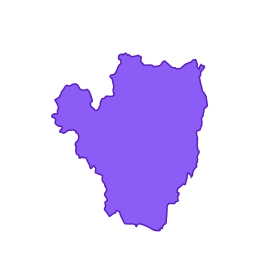 outline of Quang Uyen, Cao Bằng, Vietnam, rotated 203°
{"feature_id": "81297802B42250510796537", "entity_name": "Quang Uyen", "entity_type": "district", "adm_level": 2, "iso_a3": "VNM", "parent_name": "Vietnam", "parent_adm1": "Cao Bằng", "projection": "orthographic", "projection_center": [106.453, 22.67], "detail": "fine", "context": "isolated", "style": "filled", "palette": "violet", "viewbox_px": 256, "rotation_deg": 203, "n_neighbors": 0, "source": "geoboundaries", "source_scale": "gbopen_adm2", "svg_char_len": 5794}
<svg xmlns="http://www.w3.org/2000/svg" viewBox="0 0 256 256"><g transform="rotate(203 128 128)"><path d="M189.3,97.8L188.8,98.0L185.2,98.1L184.6,98.6L182.2,102.3L181.7,102.8L180.8,103.2L180.1,103.3L179.6,103.6L179.3,104.2L178.8,104.6L178.3,104.7L175.2,104.7L174.8,104.6L174.5,103.9L173.9,103.3L173.4,103.2L172.6,103.4L172.2,103.3L171.3,102.6L169.6,100.3L169.2,97.0L169.2,96.6L169.5,96.0L170.0,95.3L170.2,94.7L170.4,93.5L170.2,92.5L169.6,91.5L168.2,90.0L167.8,89.3L167.7,87.9L167.4,87.0L166.1,85.2L165.4,84.1L165.1,83.9L163.5,83.7L162.8,83.6L162.6,83.4L161.9,82.6L161.7,81.8L161.3,81.5L160.7,81.4L160.1,81.6L159.8,82.8L159.5,83.1L159.0,83.3L157.4,83.1L156.6,83.7L156.1,83.9L155.1,84.0L154.2,83.7L153.2,82.3L150.3,80.0L149.0,78.9L147.1,76.4L146.8,76.2L146.3,76.4L146.0,76.7L145.5,78.0L145.1,79.6L144.7,79.8L142.1,78.5L141.7,77.7L141.3,76.5L141.0,74.9L140.6,74.2L140.0,74.1L138.9,74.2L135.9,74.2L134.2,74.4L133.4,74.3L132.8,74.0L131.7,70.5L131.0,69.5L129.0,68.1L127.9,67.6L127.2,67.1L126.9,66.0L126.3,65.4L125.0,64.7L123.7,63.2L123.4,62.6L123.4,61.3L123.8,58.5L123.6,57.7L122.9,56.8L119.6,54.5L118.8,53.8L118.7,53.5L119.2,52.4L120.1,51.0L120.1,50.5L119.6,49.6L118.4,47.9L118.0,46.7L118.1,45.6L118.0,44.4L117.8,43.8L116.7,43.1L113.6,41.4L110.9,39.5L110.4,39.5L108.0,43.5L106.5,44.9L106.3,45.3L106.3,45.9L106.5,46.4L106.6,47.0L106.4,47.3L105.7,47.7L102.7,47.2L102.4,47.0L101.7,45.8L100.5,44.5L95.3,40.0L94.0,39.0L93.1,38.8L92.6,38.9L85.8,41.7L84.7,41.9L83.5,42.0L83.0,41.7L82.5,40.8L82.1,40.6L81.8,40.6L81.6,40.9L81.7,42.6L81.5,43.3L80.2,44.2L78.1,44.7L74.7,44.9L71.4,44.9L64.2,44.1L61.6,44.7L58.8,45.9L58.6,46.2L58.5,46.8L59.2,47.6L59.2,48.3L59.0,48.5L58.5,48.6L57.4,48.7L57.2,49.4L57.6,51.2L57.4,52.5L56.4,54.0L56.1,54.7L55.9,55.4L56.0,56.0L57.5,60.3L58.1,62.2L60.2,68.1L61.2,70.4L61.4,71.1L61.5,72.2L61.4,72.8L60.9,74.1L60.1,74.9L59.3,75.3L57.1,76.0L56.0,76.4L55.8,76.7L55.3,77.8L55.1,78.9L53.6,80.1L53.5,80.4L53.5,81.0L55.0,83.0L55.3,84.4L55.3,87.5L55.5,87.9L56.0,88.1L56.8,87.8L57.2,87.8L57.7,88.0L57.9,88.5L57.8,89.6L58.5,90.4L58.6,91.3L58.0,92.4L57.2,93.9L56.1,96.4L55.4,97.5L54.9,98.1L54.5,98.3L53.8,98.0L53.6,98.1L53.4,98.4L53.3,98.9L54.0,103.6L54.1,105.0L54.5,105.9L55.4,109.4L55.2,110.1L54.6,110.2L52.1,109.1L51.2,108.3L50.7,107.6L50.2,109.5L51.0,112.3L51.2,114.6L50.7,116.8L49.9,118.6L49.8,119.6L50.0,120.0L50.8,120.9L51.0,121.7L51.0,123.6L51.5,126.0L51.9,126.7L52.5,127.1L52.9,127.7L53.0,128.2L53.3,130.9L53.1,132.5L53.1,133.2L53.2,133.6L53.4,134.0L54.2,134.9L54.9,135.1L55.6,135.5L55.8,135.9L56.5,137.4L57.4,138.6L57.7,139.2L58.3,141.3L58.5,142.0L59.4,143.2L59.6,144.9L59.9,145.5L61.1,147.2L62.5,149.0L63.0,149.9L63.3,150.6L63.4,152.1L61.2,154.2L61.0,154.6L61.0,155.1L61.3,156.4L61.2,159.0L61.5,160.1L61.9,161.5L62.4,162.6L63.7,164.5L64.0,165.2L64.1,166.2L64.0,167.4L63.7,168.3L63.8,169.0L64.4,170.4L64.6,171.4L64.5,172.8L65.1,173.9L65.3,174.6L65.4,175.4L65.2,176.1L64.2,177.8L63.8,178.8L63.7,179.5L63.9,180.1L65.1,181.9L67.9,186.6L68.4,187.4L69.3,188.2L71.0,189.4L71.8,190.1L73.6,190.8L74.1,191.1L74.5,191.6L75.5,193.6L77.7,196.2L82.1,202.5L82.3,203.0L82.2,203.4L81.8,204.1L81.8,204.4L82.8,207.9L82.7,208.5L81.7,211.9L81.5,213.3L81.4,213.7L81.6,214.4L81.7,214.6L82.2,214.8L83.4,214.6L84.9,214.5L85.5,214.9L85.9,213.6L86.0,211.4L85.4,210.4L85.4,210.0L85.6,209.9L87.8,210.8L88.5,211.4L88.7,213.1L91.7,216.7L92.6,217.2L94.3,216.4L95.1,215.2L95.5,213.6L96.1,212.9L97.4,211.9L99.0,210.2L99.8,209.4L100.5,208.4L101.7,205.8L103.0,203.2L104.6,202.5L105.9,201.5L106.5,201.3L107.9,201.9L110.2,201.1L111.7,201.0L116.9,202.9L119.0,203.5L119.6,203.8L119.7,204.0L121.1,203.6L121.4,203.2L121.9,202.2L122.2,200.3L122.7,198.5L123.5,197.5L126.4,195.6L128.4,194.5L130.1,195.2L131.7,194.8L137.5,192.2L139.1,192.8L142.0,194.1L142.4,194.7L142.8,195.9L143.1,197.2L143.6,198.3L144.1,198.8L144.6,198.8L145.5,198.5L145.9,198.5L146.9,199.0L149.2,197.0L152.9,195.0L153.4,195.0L155.4,195.8L156.0,195.7L156.8,195.0L157.3,194.9L158.0,195.5L158.6,195.8L159.3,195.8L160.1,195.4L160.5,195.0L160.9,193.6L161.0,193.3L162.4,193.5L162.8,193.4L163.2,193.2L163.8,192.4L164.5,191.8L164.6,190.4L164.3,189.2L163.8,188.2L163.1,187.6L162.3,187.8L161.5,187.7L160.9,187.0L160.2,185.8L159.9,185.1L159.8,184.2L160.1,183.6L160.5,183.0L160.9,181.9L161.0,179.3L160.8,177.7L161.0,174.1L161.6,172.1L161.8,171.7L162.6,171.3L163.9,170.4L164.5,169.7L164.7,169.0L164.7,168.6L164.0,167.7L162.3,167.4L160.2,165.0L158.5,162.3L157.5,161.2L156.7,157.9L156.1,156.3L155.4,155.2L154.7,154.3L153.7,153.6L153.7,153.3L154.3,152.2L154.6,151.1L157.0,150.1L159.9,149.0L160.7,148.6L161.0,147.9L161.1,146.8L161.5,146.1L161.9,145.7L162.8,145.3L163.3,144.7L163.5,143.4L163.4,140.8L162.7,138.8L162.4,138.2L162.7,136.6L162.6,135.3L162.9,133.1L163.7,132.0L164.7,131.6L165.2,131.5L165.8,131.7L166.3,132.1L167.1,132.5L169.7,133.1L170.9,133.8L171.7,134.7L172.2,135.7L172.3,136.6L172.0,137.4L171.4,138.6L171.5,139.2L171.7,139.6L172.9,140.8L173.8,142.0L175.1,143.5L176.1,144.5L177.0,145.6L178.0,146.5L180.3,147.6L180.9,147.5L182.0,146.4L182.8,145.8L184.5,145.2L185.6,144.9L186.9,145.0L187.9,145.4L190.4,147.4L192.2,148.1L193.1,148.1L193.9,147.9L194.9,147.4L196.5,146.0L197.0,145.1L198.2,143.7L198.8,143.6L200.2,143.6L200.9,143.4L201.5,142.8L201.9,142.0L202.3,139.9L202.4,138.8L202.8,136.9L203.3,135.6L203.3,135.1L202.9,133.4L202.9,132.9L203.5,131.6L203.4,131.4L203.0,130.9L203.0,130.6L204.1,128.3L206.2,125.4L204.8,124.2L203.3,123.1L200.9,120.8L199.8,119.6L199.8,118.7L199.9,116.9L198.5,113.6L198.7,113.3L199.0,113.1L200.0,112.9L201.3,112.2L202.3,111.4L202.7,110.4L202.8,109.8L202.7,109.0L202.5,108.6L201.7,108.4L199.3,108.3L198.5,108.1L197.9,107.5L197.6,106.7L197.5,105.1L196.9,104.1L196.1,103.4L195.0,103.0L191.8,102.7L190.6,103.3L189.4,103.4L188.7,102.8L188.7,102.3L188.8,101.2L189.5,99.2L189.3,97.8Z" fill="#8b5cf6" stroke="#5b21b6" stroke-width="1.5"/></g></svg>